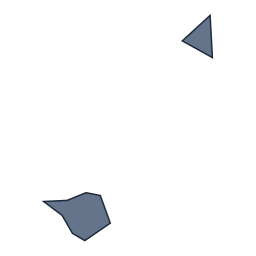 the state/province of Baker Island
{"feature_id": "UMI-5171", "entity_name": "Baker Island", "entity_type": "state/province", "adm_level": 1, "iso_a3": "UMI", "parent_name": "United States Minor Outlying Islands", "parent_adm1": "", "projection": "orthographic", "projection_center": [-176.475, 0.208], "detail": "fine", "context": "isolated", "style": "filled", "palette": "slate", "viewbox_px": 256, "rotation_deg": 0, "n_neighbors": 0, "source": "natural_earth", "source_scale": "10m", "svg_char_len": 278}
<svg xmlns="http://www.w3.org/2000/svg" viewBox="0 0 256 256"><path d="M43.6,201.5L67.0,200.4L86.1,192.7L100.3,195.5L110.3,223.1L84.8,240.6L72.5,233.4L62.1,215.4L43.6,201.5ZM210.1,15.4L212.4,57.6L182.3,40.9L210.1,15.4Z" fill="#64748b" stroke="#1e293b" stroke-width="1.5"/></svg>